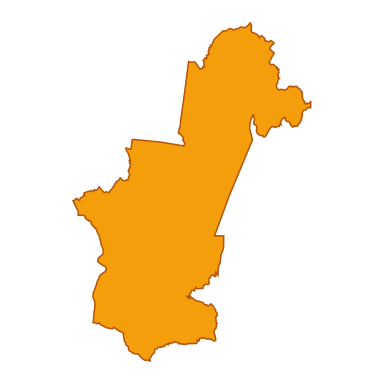 outline of El Plateado de Joaquín Amaro, Zacatecas, Mexico
{"feature_id": "50627088B59379966693787", "entity_name": "El Plateado de Joaquín Amaro", "entity_type": "district", "adm_level": 2, "iso_a3": "MEX", "parent_name": "Mexico", "parent_adm1": "Zacatecas", "projection": "equal_earth", "projection_center": [-103.037, 22.004], "detail": "fine", "context": "isolated", "style": "filled", "palette": "amber", "viewbox_px": 384, "rotation_deg": 0, "n_neighbors": 0, "source": "geoboundaries", "source_scale": "gbopen_adm2", "svg_char_len": 5943}
<svg xmlns="http://www.w3.org/2000/svg" viewBox="0 0 384 384"><path d="M73.0,200.6L76.3,207.8L78.3,211.2L78.2,215.3L82.7,215.3L84.7,215.9L85.4,216.4L85.1,217.7L85.5,218.5L86.6,218.8L87.4,220.1L89.0,220.3L89.2,221.1L91.0,221.7L91.2,222.3L91.2,223.9L92.3,224.8L92.8,225.8L94.8,227.9L95.4,228.0L96.5,229.9L97.8,233.5L99.5,235.9L99.3,236.5L99.6,238.5L100.5,240.8L101.3,245.2L102.5,247.4L103.5,252.8L102.3,254.7L98.5,257.9L97.8,260.1L97.9,262.0L103.3,265.7L105.2,266.3L106.3,268.7L106.1,270.4L104.9,271.8L101.9,273.8L99.5,276.1L99.1,277.7L97.2,281.5L95.6,287.2L93.1,293.5L92.9,297.3L94.7,301.4L95.0,304.5L94.6,307.0L94.7,309.6L94.1,311.5L93.9,315.3L93.6,316.0L93.5,320.6L93.0,322.6L95.3,322.8L97.3,323.9L98.7,322.8L100.5,324.6L106.5,327.7L111.2,328.7L112.9,328.6L114.2,327.4L118.2,330.5L123.7,333.2L123.4,333.9L123.4,335.7L124.6,341.8L125.8,342.9L125.9,344.6L128.6,347.1L128.4,349.1L129.2,350.6L133.1,353.2L135.3,353.9L137.6,353.9L139.0,354.9L140.2,356.5L142.4,358.7L144.5,360.1L148.2,360.2L150.1,361.0L149.6,359.2L152.5,354.3L154.3,352.7L154.8,349.7L155.8,348.8L156.9,349.0L157.6,348.5L157.9,347.5L158.7,347.1L161.3,347.2L163.7,346.1L164.3,346.5L166.4,344.1L167.2,344.0L168.1,344.8L168.3,343.7L169.3,343.0L169.9,343.7L170.7,343.8L172.9,342.2L173.8,342.7L174.5,341.5L177.2,342.7L178.5,342.8L179.0,343.1L179.0,343.8L179.6,344.0L180.9,343.6L182.6,344.3L183.1,344.1L185.6,344.5L186.6,343.7L188.0,344.1L189.5,343.2L192.2,343.9L193.1,343.3L196.3,343.6L196.6,343.5L196.6,343.1L197.2,342.2L197.1,340.6L197.3,340.3L198.8,341.1L199.5,340.0L199.2,338.6L201.7,337.8L202.2,338.4L204.0,337.7L205.6,338.8L207.2,339.1L208.1,338.7L209.8,339.4L211.5,339.2L213.3,340.9L214.8,341.0L215.8,340.1L215.7,338.9L215.2,337.1L215.3,336.3L214.1,333.3L214.0,330.6L216.0,328.2L216.4,325.1L217.1,323.1L215.7,322.2L216.2,320.2L215.6,317.9L215.9,317.0L216.3,317.0L217.2,315.4L217.2,314.7L216.9,312.7L215.7,311.6L215.5,309.4L214.5,308.6L212.9,305.7L210.9,303.9L210.0,304.4L209.4,305.5L207.7,305.9L206.9,304.9L204.9,304.9L204.3,304.4L203.6,303.0L201.5,302.0L195.4,300.4L192.5,298.0L190.8,298.0L188.9,298.5L188.4,297.6L187.1,297.2L186.8,296.6L187.3,296.1L190.7,296.7L189.4,294.7L189.5,294.1L191.0,292.8L191.3,291.0L192.2,290.2L194.6,290.9L194.5,289.5L195.5,288.2L195.6,287.5L196.9,288.8L201.5,288.3L202.5,288.6L203.0,288.2L203.0,286.8L205.2,284.3L207.9,284.6L208.6,284.2L209.3,283.0L208.7,279.6L209.0,278.5L210.2,277.6L211.2,275.7L212.2,274.8L213.8,275.3L214.3,276.5L215.8,276.2L216.0,275.2L215.3,273.5L215.8,271.8L216.1,272.1L216.2,273.6L217.3,274.2L217.9,275.2L218.2,270.7L218.1,268.3L219.5,263.9L220.2,262.5L220.8,256.8L221.4,253.7L222.9,250.2L223.6,247.3L223.7,235.9L214.5,235.9L229.4,195.4L252.5,139.8L249.6,128.4L250.1,122.5L250.8,120.0L253.0,115.0L253.6,115.2L254.4,119.4L253.7,123.7L254.2,124.5L256.4,125.6L257.0,128.6L256.3,130.7L256.9,132.7L258.4,134.4L261.1,135.8L263.1,135.8L263.7,137.0L264.7,137.0L266.2,135.4L269.3,129.6L271.3,127.0L272.3,126.4L273.5,127.1L275.1,127.0L276.0,127.5L277.4,126.3L279.4,126.3L280.1,124.2L281.2,124.6L280.4,122.7L280.8,122.0L280.5,121.8L283.2,118.0L285.1,117.7L284.6,118.4L285.4,119.4L285.6,120.4L286.8,121.5L288.6,121.6L289.6,122.5L291.1,125.7L292.6,127.0L293.5,126.9L294.0,125.8L295.1,126.3L297.7,126.0L297.5,125.0L299.7,123.2L301.8,118.8L301.3,118.1L301.8,117.6L301.9,116.1L302.3,116.0L302.1,113.5L302.9,111.5L303.7,110.2L305.3,110.2L306.9,108.9L307.4,107.7L310.7,107.7L310.7,104.6L310.3,103.6L311.0,102.4L310.6,101.7L309.9,103.2L307.3,103.5L306.8,103.1L306.3,104.1L305.4,103.9L304.5,103.1L304.6,101.4L303.8,101.0L302.9,99.8L303.1,99.0L302.3,98.2L302.5,96.5L302.0,92.0L301.6,91.9L301.4,91.2L299.5,88.7L297.6,87.8L297.3,86.7L297.0,86.5L293.9,86.4L293.5,86.9L292.3,86.3L291.1,87.0L290.0,86.0L288.8,86.8L286.6,89.3L285.2,90.1L281.2,89.3L278.6,89.8L278.0,89.5L276.3,86.7L276.5,86.0L276.4,84.2L277.5,83.5L277.6,81.7L278.1,79.9L278.6,79.0L279.5,78.4L278.1,77.2L278.5,75.8L277.8,75.0L278.9,72.6L278.4,70.4L279.0,69.7L278.7,69.1L277.2,69.1L276.8,68.6L277.3,67.3L275.6,66.4L273.4,64.4L271.1,64.7L270.6,64.5L269.2,62.2L274.2,53.0L269.5,48.9L271.3,45.5L273.6,44.0L274.0,43.3L273.7,42.4L270.9,40.5L268.7,41.9L265.9,40.8L265.0,40.8L264.5,40.1L264.9,39.3L264.8,38.4L261.8,35.9L261.2,35.6L259.2,37.6L257.9,35.2L256.6,34.1L253.4,32.7L252.1,32.5L251.0,30.5L251.4,29.9L251.2,27.5L251.4,27.4L251.4,25.1L250.3,23.0L249.5,23.3L249.3,24.2L248.3,25.2L245.0,27.7L241.3,27.0L239.8,27.4L238.0,28.7L236.3,28.8L233.6,30.0L231.6,28.9L230.1,28.5L229.0,28.9L225.7,31.1L223.0,30.9L214.2,39.3L211.3,45.9L210.3,45.4L210.4,47.6L209.2,47.6L208.9,49.6L209.3,50.3L208.6,51.5L208.3,51.4L208.2,52.3L209.0,54.0L208.8,54.5L206.5,55.1L206.8,57.9L206.5,58.5L206.2,58.4L206.1,57.3L205.7,58.5L205.0,58.1L204.5,59.2L203.1,60.4L204.2,61.8L203.9,63.0L204.1,65.3L203.7,65.7L203.6,66.5L203.9,66.8L203.1,66.7L202.6,67.3L202.5,68.3L200.8,68.9L199.8,68.8L194.9,61.9L189.8,62.3L188.6,61.6L183.1,103.8L180.6,120.9L180.2,126.3L180.0,127.7L179.6,127.5L179.2,128.8L178.4,133.2L179.9,134.1L181.5,135.4L182.0,136.3L182.7,136.5L183.6,138.4L182.7,139.5L183.6,141.6L184.7,142.7L184.8,143.6L183.6,145.9L160.0,142.0L133.1,139.4L132.2,139.6L131.0,149.0L130.1,149.3L126.1,147.9L125.9,149.1L128.6,154.3L129.4,157.4L129.8,158.1L129.8,159.6L129.3,160.5L130.4,160.9L130.5,161.4L129.5,161.9L129.4,163.1L130.3,163.5L130.6,164.2L130.6,165.2L130.0,166.1L129.9,168.0L129.4,168.2L128.2,170.9L129.2,173.0L129.6,175.4L128.5,176.7L128.6,178.1L128.3,179.2L127.4,179.5L126.9,180.2L126.1,180.0L125.8,180.6L123.2,180.9L121.4,178.8L120.3,177.9L119.8,178.1L119.5,179.1L118.3,180.7L116.9,181.2L115.5,182.9L114.4,184.8L114.2,186.4L112.7,187.2L111.6,189.6L110.5,190.1L109.1,192.1L108.9,192.8L106.6,191.7L104.3,192.8L99.1,186.8L97.0,190.1L94.2,189.7L94.0,189.8L93.8,191.2L93.2,191.6L92.2,191.6L91.5,190.5L84.3,192.7L83.8,193.9L84.3,194.3L84.7,195.7L83.2,195.8L82.5,197.0L80.4,198.1L79.7,200.2L78.8,200.2L77.0,198.3L76.0,198.6L75.8,199.2L75.4,199.2L74.7,200.2L73.0,200.6Z" fill="#f59e0b" stroke="#b45309" stroke-width="1.5"/></svg>